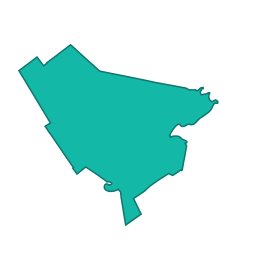 Ramnicelu, Braila, Romania, rotated 167°
{"feature_id": "2599482B58935779771922", "entity_name": "Ramnicelu", "entity_type": "district", "adm_level": 2, "iso_a3": "ROU", "parent_name": "Romania", "parent_adm1": "Braila", "projection": "mercator", "projection_center": [27.499, 45.287], "detail": "fine", "context": "isolated", "style": "filled", "palette": "teal", "viewbox_px": 256, "rotation_deg": 167, "n_neighbors": 0, "source": "geoboundaries", "source_scale": "gbopen_adm2", "svg_char_len": 3901}
<svg xmlns="http://www.w3.org/2000/svg" viewBox="0 0 256 256"><g transform="rotate(167 128 128)"><path d="M215.1,189.2L209.5,172.0L207.5,165.9L202.4,150.3L208.4,148.3L208.3,148.0L206.8,144.2L205.4,140.4L205.2,140.5L201.8,131.6L200.7,128.7L199.8,126.5L195.7,115.9L193.6,110.5L193.4,110.1L191.8,105.9L190.1,101.7L190.9,101.3L188.0,94.6L180.1,98.5L177.9,99.5L171.4,92.6L171.1,92.3L170.9,92.2L169.9,91.0L169.5,90.5L168.3,89.3L167.0,87.8L162.0,82.1L160.5,80.5L160.6,80.2L159.5,80.1L158.9,79.9L158.2,79.7L157.6,79.3L156.8,78.7L156.3,78.2L156.4,77.6L156.6,77.2L157.1,76.8L157.9,76.7L158.9,76.8L159.6,77.1L160.1,77.5L160.6,78.0L161.4,78.3L162.2,78.3L162.8,78.2L163.7,77.5L164.1,76.7L164.5,75.4L164.4,74.3L163.9,73.0L163.7,72.8L163.5,72.6L162.9,72.0L162.2,71.5L161.4,70.9L160.0,70.3L158.9,70.1L156.6,69.8L155.6,69.7L153.3,69.9L151.4,70.5L151.2,70.0L149.8,67.8L149.7,67.5L150.0,64.1L150.3,61.7L151.2,48.0L151.7,40.5L152.1,34.0L150.1,34.8L148.8,35.3L147.1,36.0L145.5,36.6L143.8,37.3L142.4,37.9L141.7,38.2L138.5,39.5L137.2,40.0L135.4,40.8L134.5,41.1L134.6,41.6L135.5,45.1L138.1,56.4L138.5,58.1L137.9,58.3L137.3,58.5L135.3,59.2L132.0,60.5L131.9,60.5L126.1,62.8L120.7,66.0L114.8,68.5L114.7,68.5L109.0,70.8L108.9,70.9L103.0,72.9L102.8,73.0L98.8,74.4L98.6,74.5L95.2,71.7L88.4,74.2L85.5,75.4L85.3,74.6L84.6,74.9L82.5,79.9L80.9,83.6L80.5,84.5L80.4,84.6L76.8,93.0L75.0,97.2L74.9,97.5L75.8,100.1L75.4,100.2L75.0,100.2L74.7,100.2L74.5,100.3L74.3,100.4L74.0,100.7L73.9,101.0L73.7,101.2L73.8,101.5L73.9,101.8L74.1,102.1L74.4,102.4L74.8,102.8L75.3,103.2L75.7,103.4L76.1,103.7L76.7,104.2L77.0,104.5L77.5,104.9L77.9,105.2L78.2,105.6L78.5,106.2L78.8,106.7L79.2,107.2L79.7,107.6L80.0,108.0L80.4,108.2L80.8,108.5L81.1,108.7L81.5,108.9L82.0,109.1L82.6,109.2L83.1,109.4L83.7,109.5L84.3,109.6L84.8,109.7L85.2,109.8L86.2,109.9L86.9,109.8L87.5,109.4L88.0,109.2L88.3,109.2L88.5,109.4L88.6,109.9L88.6,110.6L89.3,111.0L89.1,111.4L88.9,111.7L88.8,111.9L88.5,112.3L88.2,112.6L87.9,113.0L87.5,113.4L87.1,113.8L85.5,115.5L83.3,117.4L81.6,118.7L80.5,119.5L79.1,120.0L78.4,120.3L77.8,120.4L77.1,120.1L76.8,119.9L76.6,119.6L76.4,119.2L76.1,118.5L75.7,117.7L74.9,117.3L73.8,117.1L72.8,117.1L72.1,117.1L71.4,117.3L70.6,117.6L69.8,117.8L68.9,118.0L68.3,118.1L67.7,117.9L67.2,117.7L66.6,117.4L66.1,117.1L65.4,116.9L64.6,116.9L63.7,117.0L62.8,117.1L62.1,117.4L61.1,117.9L59.5,118.9L58.2,119.9L55.2,121.5L51.8,122.7L48.6,124.1L47.3,124.6L45.6,125.4L44.2,126.3L43.2,127.2L42.2,128.1L41.5,129.0L39.9,131.0L38.8,132.1L38.3,132.3L37.7,132.4L37.1,132.4L36.4,132.2L35.2,132.0L34.9,132.2L34.7,132.8L34.6,133.4L34.8,133.9L35.0,134.5L35.5,135.0L36.0,135.4L36.5,135.6L37.1,135.6L38.0,135.5L38.4,135.3L38.9,135.0L39.5,134.8L39.9,134.8L40.4,135.0L40.8,135.3L41.4,136.0L41.9,136.9L42.2,137.6L42.3,138.4L42.4,139.1L42.4,140.1L42.2,140.8L42.0,141.6L41.8,142.1L41.4,142.5L40.9,142.8L40.6,143.2L40.5,143.7L40.7,144.1L41.2,144.3L41.9,144.2L43.2,143.9L43.9,143.7L44.7,143.5L45.5,143.7L46.3,143.9L47.2,144.0L47.9,143.7L48.7,143.8L49.3,144.4L49.5,145.1L49.6,145.9L49.4,147.1L48.7,147.6L48.5,147.8L48.2,148.1L47.9,148.6L47.4,149.2L46.5,149.6L46.2,149.6L45.8,149.5L45.7,150.1L45.7,150.6L46.1,150.6L47.1,150.7L48.0,150.7L49.0,150.4L49.6,149.9L50.3,149.4L50.9,149.1L51.8,148.9L52.5,148.9L53.1,149.1L53.4,149.6L53.5,150.0L54.2,150.1L55.0,150.3L55.5,150.4L56.0,150.5L56.4,150.5L56.9,150.7L57.7,151.0L57.9,151.0L58.4,151.0L58.7,151.1L59.2,151.1L59.4,151.2L59.9,151.6L60.6,152.1L61.0,152.4L62.4,153.7L62.7,153.9L75.1,159.3L82.7,162.6L90.4,165.9L97.7,169.3L113.1,176.4L124.4,181.5L127.8,183.0L142.1,189.5L142.7,189.4L143.0,190.0L148.9,198.6L150.4,200.6L160.3,214.9L161.2,216.2L161.2,216.3L163.2,219.2L165.2,222.0L175.5,217.4L176.9,216.8L184.0,213.5L184.2,213.3L184.6,213.0L185.0,213.0L185.4,213.0L192.7,209.7L192.7,209.2L196.2,207.6L196.6,208.6L200.7,217.6L204.0,216.1L221.4,208.4L217.5,196.6L215.7,191.0L215.1,189.2Z" fill="#14b8a6" stroke="#0f766e" stroke-width="1.5"/></g></svg>